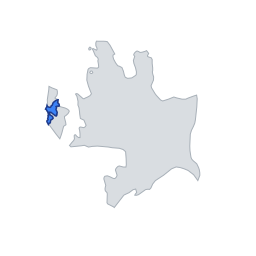 Azerbaijan, with Babək highlighted, rotated 40°
{"feature_id": "AZE-2420", "entity_name": "Babək", "entity_type": "District", "adm_level": 1, "iso_a3": "AZE", "parent_name": "Azerbaijan", "parent_adm1": "", "projection": "mercator", "projection_center": [45.36, 39.281], "detail": "fine", "context": "in_parent", "style": "filled", "palette": "blue", "viewbox_px": 256, "rotation_deg": 40, "n_neighbors": 0, "source": "natural_earth", "source_scale": "10m", "svg_char_len": 4243}
<svg xmlns="http://www.w3.org/2000/svg" viewBox="0 0 256 256"><g transform="rotate(40 128 128)"><path d="M168.6,197.8L167.7,197.7L161.3,199.2L160.0,198.8L154.5,191.8L153.4,191.0L151.0,190.7L149.6,189.5L148.5,187.7L147.9,186.3L142.2,182.5L141.4,181.1L141.3,179.9L142.1,178.8L143.1,177.8L145.8,176.9L149.0,176.1L150.1,175.5L150.6,174.5L150.6,172.8L150.0,171.2L145.4,168.3L144.9,167.1L144.8,165.5L145.0,163.9L145.7,162.7L149.5,160.9L151.5,159.2L150.3,157.2L146.2,152.6L141.4,147.7L138.1,147.6L134.4,149.1L128.5,153.3L125.2,155.2L120.9,158.2L116.2,161.5L112.4,165.1L110.0,168.0L105.7,169.3L103.6,171.7L96.4,179.1L94.4,179.0L94.3,175.3L94.4,172.4L94.0,170.8L91.7,168.5L91.6,167.5L92.2,166.9L94.0,167.3L96.3,167.1L97.4,166.2L94.9,163.2L92.8,161.2L90.9,159.8L90.5,159.0L90.5,158.5L90.9,157.8L94.0,156.1L94.4,154.6L94.2,152.9L89.2,150.3L85.4,151.3L82.1,148.4L79.9,146.2L77.3,143.9L74.9,142.6L72.6,139.7L68.6,136.6L66.0,135.7L66.1,135.3L66.5,134.7L67.6,134.2L74.7,134.4L75.6,133.8L76.0,132.5L77.0,130.6L78.1,127.7L78.0,125.3L70.9,121.4L65.7,117.8L62.1,113.1L59.7,108.7L59.8,107.3L60.5,105.9L66.0,101.9L66.4,100.8L66.3,100.1L64.3,98.1L61.8,96.0L61.0,94.4L59.5,93.6L56.5,93.6L51.3,90.9L50.2,90.7L49.9,90.2L50.2,89.6L53.9,88.6L53.8,87.7L52.7,86.6L50.6,85.7L48.7,83.6L48.0,81.8L54.7,76.3L56.7,75.2L61.1,76.2L70.3,79.8L69.7,81.8L70.6,83.0L72.7,84.5L76.7,86.1L80.1,86.9L81.8,86.2L84.5,85.6L87.9,87.4L91.0,89.7L92.6,90.6L93.4,90.9L95.8,90.2L98.7,87.2L99.8,83.7L100.1,81.9L98.4,79.6L95.0,77.0L91.1,74.8L88.7,72.8L87.1,68.8L85.5,68.4L85.1,67.9L84.8,66.5L84.9,64.7L85.4,63.2L87.0,62.6L88.6,62.4L90.0,61.0L91.8,58.3L92.5,56.8L95.9,57.6L96.4,60.0L97.0,60.6L98.3,60.3L100.7,59.3L102.5,60.0L104.9,62.9L108.2,66.0L109.9,68.0L110.6,69.4L112.3,70.8L114.8,72.4L116.7,74.9L118.5,80.8L120.2,82.1L126.6,84.3L128.8,84.8L135.0,85.6L137.2,85.0L140.4,80.0L143.2,74.8L145.9,73.7L150.8,71.2L153.7,68.8L154.9,66.3L157.7,61.4L159.4,58.7L162.2,61.1L167.2,67.7L174.3,78.3L176.0,81.3L177.1,84.8L178.1,89.0L179.7,92.7L186.9,102.1L190.0,105.5L195.1,110.0L196.9,110.9L199.2,111.2L203.6,111.2L207.6,113.0L209.5,114.2L211.6,116.0L213.4,118.0L215.3,123.4L208.3,121.6L201.3,121.9L197.4,123.1L193.5,124.7L189.9,126.9L187.6,131.3L185.6,141.3L182.8,150.7L182.9,155.0L184.1,159.2L184.0,161.2L182.7,162.0L181.1,163.8L178.9,172.3L177.8,174.0L176.4,175.1L176.1,174.1L176.1,171.8L173.1,169.8L171.5,172.1L170.4,176.8L168.1,181.7L168.0,182.6L168.6,197.8ZM65.2,109.6L65.5,108.3L64.6,107.7L63.7,107.6L62.9,108.3L62.9,110.0L64.0,110.3L65.2,109.6ZM42.3,149.0L41.2,147.6L40.7,146.9L43.8,146.2L49.0,144.4L50.3,145.3L51.8,147.1L52.6,148.8L52.7,151.8L53.3,152.2L55.8,151.2L57.0,152.4L58.9,153.9L62.2,155.3L67.0,153.1L69.4,152.5L71.4,152.5L72.4,153.2L72.8,155.6L72.4,158.4L71.9,160.0L72.9,161.1L76.8,163.9L78.4,165.4L77.6,168.1L80.6,174.5L81.6,177.0L82.7,180.1L76.7,178.9L65.9,176.3L62.9,175.0L60.1,171.4L58.4,169.6L55.9,167.4L53.9,166.6L52.4,165.0L51.5,162.7L50.2,160.6L48.0,158.2L42.9,149.9L42.3,149.0ZM48.7,92.7L48.0,93.2L47.0,92.7L46.7,91.6L46.8,90.5L47.8,90.3L48.6,90.6L48.9,91.6L48.7,92.7Z" fill="#d9dde1" stroke="#a8b0b8" stroke-width="1"/><path d="M56.3,151.3L57.0,152.4L57.4,153.3L57.7,153.7L58.2,153.9L59.7,154.0L60.2,154.3L61.2,155.3L60.9,155.8L59.9,156.6L59.1,157.8L59.6,158.1L60.3,158.4L60.5,159.2L60.9,160.1L62.3,160.8L63.7,161.5L64.0,162.0L64.3,162.4L64.3,162.9L64.3,163.2L64.6,163.7L65.1,163.6L65.4,164.8L64.5,165.4L62.6,165.4L60.6,165.5L58.9,165.5L57.7,166.4L59.8,168.0L62.5,167.7L63.5,168.0L64.4,168.7L64.3,170.1L63.7,171.4L64.3,172.7L65.1,173.9L65.0,174.5L64.5,175.0L64.6,175.9L64.7,176.5L63.9,176.1L63.4,175.9L63.0,175.8L62.3,175.5L61.6,175.1L61.3,174.6L61.2,174.2L61.3,173.9L61.4,173.5L61.5,173.1L61.4,172.8L60.6,172.5L60.3,172.3L60.2,171.9L59.9,171.1L59.8,170.8L59.5,170.4L59.2,170.3L58.9,170.1L58.7,169.7L59.0,169.1L58.8,168.6L58.4,168.4L58.0,168.3L57.7,168.1L57.7,167.8L57.8,167.4L57.7,167.2L57.4,167.1L57.1,167.2L56.9,167.4L56.8,167.5L53.5,166.4L52.7,166.6L52.5,166.0L52.2,164.0L52.0,163.6L51.7,163.2L51.5,162.8L52.2,163.1L52.9,163.3L53.7,163.0L54.5,162.6L55.2,162.2L55.3,161.3L55.1,160.8L54.9,160.4L55.1,159.9L55.3,159.5L55.0,158.4L54.5,157.3L54.4,156.3L54.6,155.2L54.9,153.9L55.3,152.7L56.0,151.6L56.3,151.3L56.3,151.3Z" fill="#3b82f6" stroke="#1e3a8a" stroke-width="1.5"/></g></svg>